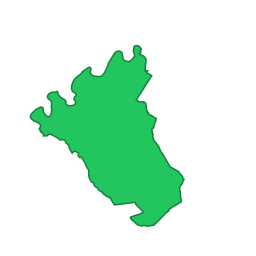 Coltau, Maramures, Romania, rotated 306°
{"feature_id": "2599482B55109321738966", "entity_name": "Coltau", "entity_type": "district", "adm_level": 2, "iso_a3": "ROU", "parent_name": "Romania", "parent_adm1": "Maramures", "projection": "orthographic", "projection_center": [23.522, 47.593], "detail": "fine", "context": "isolated", "style": "filled", "palette": "green", "viewbox_px": 256, "rotation_deg": 306, "n_neighbors": 0, "source": "geoboundaries", "source_scale": "gbopen_adm2", "svg_char_len": 5569}
<svg xmlns="http://www.w3.org/2000/svg" viewBox="0 0 256 256"><g transform="rotate(306 128 128)"><path d="M119.3,203.5L119.0,202.9L119.7,201.9L120.8,200.6L121.1,199.6L121.5,197.4L122.2,195.6L122.4,194.8L121.9,188.5L121.3,185.1L126.3,173.6L126.6,173.2L127.0,172.2L127.7,170.3L128.2,168.6L128.4,168.1L128.6,167.7L130.6,164.6L130.8,164.1L131.0,163.8L131.2,163.3L132.2,160.1L132.6,158.9L132.7,158.6L132.7,158.2L132.7,157.6L132.8,157.1L133.7,155.8L133.8,155.4L134.5,154.7L134.7,154.3L134.8,154.2L135.0,154.1L135.2,153.6L135.8,152.9L136.1,152.7L137.5,152.1L137.7,151.8L137.9,151.5L138.0,151.3L138.3,151.2L138.3,150.7L138.5,150.3L139.2,149.8L139.3,149.7L139.3,149.4L140.2,148.9L140.4,148.7L140.5,148.5L140.6,148.3L141.1,148.1L141.3,148.1L141.5,148.0L141.9,147.9L142.1,148.0L142.3,148.3L142.7,148.3L142.9,148.3L143.0,148.6L143.4,148.4L147.9,146.8L149.3,146.4L150.6,146.1L151.3,145.8L152.3,145.0L152.0,143.5L152.0,141.8L151.7,138.3L151.5,137.3L151.4,136.3L151.5,135.9L152.0,135.6L152.6,135.3L152.7,134.1L153.1,133.4L154.0,131.9L154.8,131.0L155.6,130.6L156.9,129.5L158.1,128.3L158.5,127.2L158.5,125.9L158.3,125.1L157.9,124.3L156.5,122.8L155.9,121.7L155.7,120.5L155.5,118.3L158.7,118.1L160.7,117.9L163.6,117.8L165.8,117.6L170.0,117.4L172.9,117.1L184.3,116.5L183.8,110.5L185.8,110.3L184.2,108.1L192.9,103.1L193.6,102.6L194.2,102.1L195.2,99.5L195.4,98.6L195.1,96.9L194.6,95.3L194.3,94.8L194.5,94.6L194.6,93.6L195.6,94.0L196.2,94.1L196.6,94.1L196.9,93.9L197.2,93.6L197.5,93.1L197.8,92.7L198.9,92.5L199.6,92.6L200.2,91.1L200.7,89.2L200.5,88.4L199.9,87.0L199.7,86.3L198.8,85.6L197.8,85.0L195.3,86.1L193.6,87.0L192.6,88.0L190.9,90.7L189.6,91.1L187.8,91.2L183.1,90.3L182.2,89.5L181.1,87.5L180.7,86.5L180.5,85.2L180.6,84.1L181.2,83.2L183.9,80.5L185.0,79.3L185.4,78.3L185.5,77.2L185.4,76.3L184.7,75.1L183.6,74.1L182.2,73.4L181.0,73.2L179.7,73.3L177.6,73.4L175.4,73.6L171.9,73.8L168.6,74.2L166.4,75.0L161.9,76.0L158.9,76.4L155.9,76.4L154.3,76.0L153.2,75.0L151.9,73.2L150.8,71.4L150.2,70.2L149.8,68.9L149.7,67.7L150.0,66.3L150.4,65.4L151.2,64.6L154.1,63.3L154.5,62.7L154.7,61.9L154.5,61.1L153.8,60.5L152.8,60.0L151.4,59.8L148.3,58.5L147.0,58.1L144.7,58.1L143.2,57.9L141.3,57.2L139.1,56.6L136.5,56.1L134.6,56.1L132.1,56.6L130.3,57.1L127.4,58.6L126.5,59.3L125.6,60.5L125.0,61.7L124.9,62.8L125.2,64.3L125.1,65.4L124.6,66.2L124.1,66.6L123.2,66.7L121.7,66.6L120.8,66.7L119.7,67.2L119.3,67.9L118.8,69.7L117.8,70.7L116.4,71.0L115.5,71.0L114.7,70.7L113.9,70.1L112.5,68.8L111.3,67.5L111.0,66.7L110.8,65.5L110.8,64.1L111.4,63.2L113.1,62.2L113.5,60.9L113.7,59.9L113.2,56.5L113.4,54.7L113.8,52.9L114.4,51.7L115.9,49.9L116.0,49.2L115.3,48.6L114.1,47.9L112.6,45.8L111.4,45.0L109.7,44.0L108.3,43.9L107.1,44.0L106.1,44.3L105.0,45.6L104.8,46.5L104.9,48.1L104.7,49.5L104.0,50.6L103.3,51.5L101.1,52.9L99.9,53.7L98.4,55.1L97.1,56.0L94.9,57.2L93.8,57.7L93.0,57.7L91.8,57.6L90.8,57.4L90.1,56.8L89.9,56.1L90.0,55.0L90.2,53.9L90.3,53.1L90.6,51.4L91.2,50.3L91.9,49.7L92.8,48.9L93.9,47.8L94.3,47.0L94.3,46.1L93.9,45.5L92.5,44.4L90.6,43.5L88.4,42.6L85.9,42.0L83.0,41.6L80.8,41.8L79.6,42.5L78.9,43.5L78.5,44.6L78.6,45.7L78.4,47.2L78.6,48.5L79.0,50.1L79.2,51.4L79.5,52.5L79.6,53.7L79.1,54.7L78.4,56.2L77.5,56.4L74.8,56.8L74.7,59.2L73.6,59.2L73.4,63.1L73.3,63.9L71.9,64.1L72.6,64.9L73.0,65.8L73.4,66.4L73.9,66.9L74.4,67.3L75.2,67.4L75.9,67.4L76.7,68.0L77.3,69.2L77.7,70.2L77.9,71.9L78.2,73.5L78.5,76.4L78.6,78.3L78.3,79.0L78.2,79.5L78.4,80.3L79.1,81.0L79.7,81.5L80.4,82.3L80.7,83.1L80.8,84.1L80.6,84.6L80.5,85.3L80.1,85.9L79.5,86.7L79.4,88.2L79.1,89.0L79.2,89.7L79.1,90.2L78.8,90.9L77.9,91.6L77.2,92.3L76.7,93.3L76.2,94.4L75.7,95.7L74.9,97.5L75.3,97.4L75.9,97.4L76.0,97.5L76.2,97.8L76.3,98.0L76.8,98.2L77.3,98.2L77.8,98.5L78.1,99.0L78.3,99.7L78.5,101.7L78.4,102.8L78.3,103.0L77.9,103.2L77.6,103.3L76.9,103.6L76.3,104.0L75.9,104.5L75.7,105.5L75.8,106.1L76.4,106.8L77.0,107.7L75.6,110.8L74.5,113.7L73.9,114.8L73.1,116.1L72.4,117.1L72.0,117.7L71.6,118.6L71.5,119.3L71.2,120.0L70.9,120.7L70.3,121.4L69.8,121.9L68.6,122.8L67.8,123.3L67.6,123.5L66.7,124.0L65.4,125.4L64.6,126.5L63.5,128.6L63.2,129.4L63.0,130.5L63.0,131.1L63.1,131.4L63.3,132.0L63.3,132.3L63.3,132.5L62.9,133.1L62.6,133.4L62.4,133.7L62.1,134.0L61.8,134.4L61.7,134.5L61.4,135.2L61.4,138.4L61.3,139.3L61.1,139.6L60.8,140.0L60.7,140.2L60.5,140.8L60.6,141.2L60.7,142.1L60.8,142.9L61.1,143.6L60.8,143.7L60.8,144.3L60.6,145.1L60.3,147.2L60.2,148.7L60.2,150.3L60.2,150.8L60.5,152.4L60.6,153.9L60.8,154.1L61.2,154.2L58.8,159.6L58.4,160.8L58.0,161.9L57.8,162.1L58.6,163.1L63.8,168.7L68.4,173.5L71.9,177.2L71.6,177.9L70.7,179.6L70.0,184.0L69.9,184.8L69.5,187.3L69.2,189.5L68.6,189.4L68.2,189.4L67.3,189.1L66.1,188.6L65.1,188.1L64.6,187.9L64.2,187.3L63.0,186.4L59.7,184.0L57.2,182.4L56.8,182.7L56.2,183.8L56.0,184.3L55.9,185.9L55.9,188.0L55.8,188.8L55.4,190.3L55.3,191.1L55.4,192.0L55.5,193.2L55.8,194.4L56.6,196.3L57.0,196.7L58.6,198.4L59.0,198.9L59.3,199.4L59.4,199.9L59.4,200.4L59.5,200.7L59.7,201.0L60.4,201.8L61.2,202.6L62.4,203.9L62.8,204.3L63.6,204.9L64.2,205.5L64.3,205.9L66.0,206.3L70.9,207.2L80.7,208.5L84.9,209.6L84.9,209.3L86.5,209.1L86.8,209.2L87.2,209.3L89.1,210.2L90.2,210.4L90.7,210.5L91.1,210.8L91.6,210.9L92.0,211.2L92.3,211.4L92.8,211.7L93.4,211.8L94.7,212.4L95.0,212.6L96.0,213.0L97.4,213.4L98.1,213.9L98.7,214.4L99.0,214.4L100.4,213.9L101.0,213.6L101.4,213.4L101.5,212.9L101.8,212.5L102.1,211.9L103.5,210.7L104.4,210.2L105.1,209.6L106.6,208.2L108.7,206.0L109.4,205.3L110.2,204.8L111.9,204.4L112.7,204.4L113.2,204.4L113.5,204.5L114.2,204.6L115.2,204.6L116.7,204.0L117.9,203.7L119.3,203.5Z" fill="#22c55e" stroke="#15803d" stroke-width="1.5"/></g></svg>